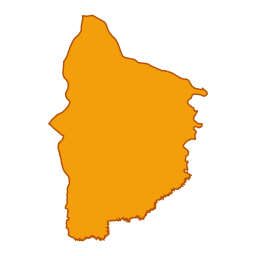 outline of Non Narai, Surin, Thailand
{"feature_id": "78962969B93743145259282", "entity_name": "Non Narai", "entity_type": "district", "adm_level": 2, "iso_a3": "THA", "parent_name": "Thailand", "parent_adm1": "Surin", "projection": "natural_earth1", "projection_center": [103.921, 15.199], "detail": "fine", "context": "isolated", "style": "filled", "palette": "amber", "viewbox_px": 256, "rotation_deg": 0, "n_neighbors": 0, "source": "geoboundaries", "source_scale": "gbopen_adm2", "svg_char_len": 5908}
<svg xmlns="http://www.w3.org/2000/svg" viewBox="0 0 256 256"><path d="M202.5,88.4L202.1,89.4L201.2,89.7L195.7,88.5L193.5,87.5L191.8,85.9L188.8,80.8L187.8,79.9L186.4,79.2L183.6,79.1L180.2,77.9L171.5,72.7L165.4,70.9L163.1,70.5L161.8,70.9L159.6,69.4L158.4,69.6L157.8,69.0L150.0,65.4L148.6,64.3L145.5,63.5L138.9,62.7L138.0,62.4L134.4,59.5L124.7,57.5L122.7,56.0L121.8,54.5L117.8,43.4L115.4,39.2L111.5,35.3L109.4,32.4L107.7,29.3L106.2,24.7L105.1,22.9L104.2,22.0L92.7,15.4L86.4,16.3L82.8,15.8L82.7,19.2L81.3,26.4L81.3,30.1L80.3,32.3L78.7,34.7L74.4,38.7L73.4,40.3L70.7,45.6L67.7,54.3L66.5,57.2L63.8,61.7L63.0,73.9L63.2,75.3L64.3,77.7L66.1,79.5L67.3,81.3L68.1,83.2L68.3,84.9L68.1,88.1L65.8,92.9L65.7,96.0L67.2,98.7L69.5,101.3L69.8,102.2L69.8,102.9L68.1,106.3L64.9,110.1L62.4,112.3L56.9,115.0L52.1,119.6L48.9,123.9L50.4,124.8L53.8,128.2L61.9,135.0L63.7,135.8L63.3,137.6L62.8,138.2L62.6,139.5L60.3,141.5L59.7,142.7L59.3,142.6L58.8,143.2L58.2,146.4L58.2,148.4L59.0,151.0L60.2,156.3L61.1,158.9L61.4,162.5L63.1,168.8L64.4,171.4L68.4,176.3L69.5,180.4L69.2,181.5L69.4,183.6L67.8,187.0L67.2,189.3L67.7,192.1L66.9,194.5L67.3,196.1L67.0,200.0L67.2,202.8L66.9,204.2L65.6,206.1L65.4,208.1L67.4,209.1L68.2,210.6L67.8,211.8L67.3,217.2L69.0,218.1L68.1,220.2L67.2,219.8L67.0,220.1L66.3,223.0L66.7,225.6L66.3,227.8L68.0,228.5L68.7,232.2L68.3,234.4L69.1,235.3L69.1,235.7L71.1,236.8L74.5,238.1L75.0,239.3L75.5,239.1L75.8,240.0L76.3,239.4L77.6,239.8L78.0,240.2L78.4,239.9L78.4,239.4L79.0,239.8L79.3,239.3L79.6,240.3L80.7,239.2L81.0,240.3L81.8,240.6L82.2,240.5L82.3,240.0L83.9,240.2L84.3,239.6L84.3,238.5L84.7,238.2L84.9,238.7L85.2,238.7L85.7,237.5L86.0,237.6L86.2,238.2L86.6,237.4L86.9,237.8L87.5,237.7L88.1,238.3L88.8,238.2L89.3,237.6L90.2,237.7L90.0,236.8L90.2,236.5L91.6,237.0L91.7,236.5L92.3,236.5L92.1,235.9L92.8,235.7L92.9,236.6L93.6,236.4L93.7,237.1L94.2,237.7L94.6,237.0L96.1,237.8L96.0,239.1L96.3,239.5L96.6,239.3L96.7,238.4L97.1,238.2L97.7,238.3L98.1,237.4L98.4,238.2L99.1,238.5L99.8,237.9L100.2,237.9L100.2,238.3L99.8,239.0L100.6,238.9L100.6,239.4L100.1,239.9L100.6,240.3L101.9,239.6L102.3,239.0L103.0,239.1L103.8,239.7L103.8,238.9L104.6,237.7L105.0,237.7L105.3,237.0L104.7,236.7L104.7,236.2L105.2,236.3L105.9,235.4L106.4,235.9L107.3,235.5L108.8,233.9L107.8,233.4L108.0,233.0L108.6,232.9L108.6,232.5L108.1,232.2L108.7,231.3L107.5,231.4L107.1,231.0L107.9,230.8L108.5,229.1L107.9,228.4L108.3,227.9L107.3,228.0L106.9,227.6L107.9,227.2L108.0,225.9L107.7,224.4L108.6,224.3L108.6,223.5L107.7,222.7L108.2,222.0L108.1,221.0L108.5,221.2L108.8,220.9L110.5,221.0L111.1,220.3L112.3,220.8L113.4,220.1L114.6,220.8L114.9,220.4L115.6,220.4L116.7,219.4L117.1,220.3L118.1,220.8L118.8,220.6L118.8,220.1L119.4,220.2L119.3,218.6L120.0,219.1L119.8,220.1L120.3,220.4L120.8,219.2L123.1,217.9L122.9,219.1L123.3,219.8L124.5,219.7L124.8,220.1L124.9,218.6L125.9,218.6L125.9,219.4L126.7,218.4L127.1,218.7L127.5,220.0L126.9,220.4L127.3,221.0L127.2,221.6L128.1,221.8L128.4,221.2L128.0,220.9L128.7,220.5L129.6,221.7L129.9,221.1L129.4,220.5L129.7,220.0L129.0,219.8L129.7,218.6L131.9,218.3L132.2,217.5L133.0,217.8L134.4,217.7L135.6,217.0L135.8,217.7L136.1,217.7L136.4,217.4L136.0,217.0L136.3,216.3L137.3,217.0L137.6,216.0L137.8,216.1L137.8,217.7L138.5,217.7L138.9,217.1L139.1,218.6L139.9,218.3L139.9,219.2L140.7,218.7L140.5,219.3L141.5,218.6L142.0,219.1L142.4,218.4L143.7,219.0L143.8,218.6L143.5,218.0L144.0,216.9L144.5,217.0L144.6,216.1L145.2,215.9L145.3,215.1L146.0,215.3L146.2,215.1L146.4,214.3L146.1,214.0L146.6,213.6L146.3,213.1L146.4,212.6L147.8,212.1L147.8,211.8L147.2,211.5L147.3,211.0L147.7,211.0L148.4,212.1L149.2,211.9L149.7,212.1L149.8,211.4L150.7,210.5L150.4,210.1L149.7,210.4L150.4,209.5L151.2,209.9L151.9,209.0L152.8,209.9L153.5,209.6L153.2,208.6L153.7,208.3L155.1,208.6L155.2,208.3L154.4,207.6L155.4,207.3L155.6,205.8L154.6,205.2L155.3,204.7L154.7,204.2L154.6,203.5L155.4,203.5L155.2,202.7L155.8,202.7L156.0,202.2L156.6,202.4L157.0,202.1L156.1,201.2L156.5,200.6L157.6,199.9L159.3,199.9L160.3,198.6L160.5,199.4L160.9,199.3L160.9,198.6L161.3,198.5L161.4,197.2L163.0,199.0L163.1,198.2L162.8,197.9L163.0,197.3L162.4,197.4L162.4,196.9L163.4,197.0L163.5,196.5L164.2,196.7L164.7,195.4L165.6,196.4L165.8,195.2L166.7,195.2L167.1,195.7L167.4,195.6L167.5,195.1L168.0,195.5L168.9,195.3L168.2,194.4L168.7,194.0L169.2,194.1L169.4,193.2L170.8,193.8L171.1,192.5L171.6,193.0L172.1,192.8L172.2,192.5L171.5,191.4L172.3,190.6L171.9,189.8L172.8,190.1L173.4,189.1L173.6,189.9L174.2,190.4L174.4,189.5L174.1,188.8L174.5,188.6L176.1,189.1L176.8,188.6L177.7,189.2L178.4,189.1L179.0,188.5L178.8,187.9L180.0,187.2L180.3,187.4L180.5,186.7L181.2,186.2L182.5,186.1L181.8,185.1L181.7,184.4L182.4,184.3L182.9,183.9L183.3,184.4L184.1,184.5L184.3,184.1L183.9,183.3L184.3,182.7L184.3,181.4L184.5,181.2L184.8,181.9L185.6,181.9L185.6,181.2L185.0,180.3L185.8,180.3L186.4,179.4L186.1,178.7L185.4,179.0L185.2,178.6L187.1,177.8L188.2,178.0L188.5,178.4L188.2,179.1L188.6,179.4L189.7,177.9L189.2,177.7L189.3,177.4L190.0,177.1L189.5,176.5L189.8,176.2L189.7,175.7L190.9,175.3L190.0,174.6L187.8,173.8L187.2,172.0L185.2,172.5L184.5,172.1L184.2,171.4L184.1,170.2L184.6,169.4L187.4,170.0L187.8,169.5L186.9,166.4L186.6,164.4L188.0,162.1L188.0,161.4L187.6,161.2L185.9,161.6L185.3,160.8L185.8,156.7L186.1,156.1L187.9,155.1L188.6,151.9L187.4,150.3L183.9,147.3L183.3,146.2L183.2,145.3L187.3,140.7L189.3,140.1L192.0,138.7L194.8,139.4L195.3,139.2L195.5,138.2L194.7,136.6L194.7,135.7L196.2,132.1L195.7,131.0L193.8,129.1L193.7,128.0L194.1,127.0L195.1,126.6L196.3,126.6L198.3,127.5L199.5,127.6L201.3,126.7L202.0,125.4L201.8,123.8L199.2,123.8L197.8,123.4L194.0,120.2L193.5,119.1L193.5,118.1L197.2,111.6L197.2,111.0L196.9,110.8L195.0,111.2L194.6,111.0L193.7,108.1L189.8,105.7L188.0,103.5L187.6,102.6L187.6,101.5L188.0,100.5L188.7,99.7L190.8,98.5L192.3,95.1L193.9,94.0L200.5,94.7L203.4,96.0L204.7,96.1L206.1,95.2L207.1,94.0L207.0,92.2L202.5,88.4Z" fill="#f59e0b" stroke="#b45309" stroke-width="1.5"/></svg>